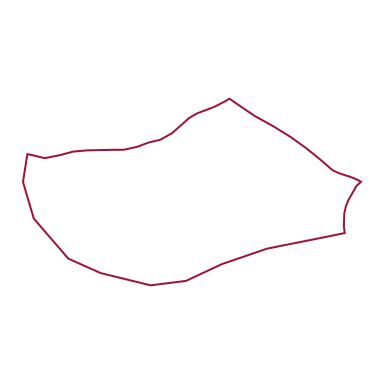 the district of Derniere Riviere/Morne Panache, Dennery, Saint Lucia
{"feature_id": "8701671B48498321599703", "entity_name": "Derniere Riviere/Morne Panache", "entity_type": "district", "adm_level": 2, "iso_a3": "LCA", "parent_name": "Saint Lucia", "parent_adm1": "Dennery", "projection": "orthographic", "projection_center": [-60.929, 13.953], "detail": "fine", "context": "isolated", "style": "outline", "palette": "rose", "viewbox_px": 384, "rotation_deg": 0, "n_neighbors": 0, "source": "geoboundaries", "source_scale": "gbopen_adm2", "svg_char_len": 890}
<svg xmlns="http://www.w3.org/2000/svg" viewBox="0 0 384 384"><path d="M361.0,181.8L358.6,180.4L357.7,179.9L350.5,176.9L342.9,174.5L339.0,173.2L332.5,170.2L327.7,166.0L322.4,161.3L305.8,147.9L292.3,138.2L291.4,137.5L273.3,126.3L254.6,115.9L237.2,104.1L230.8,99.6L229.5,98.7L227.9,99.6L226.0,100.8L218.4,104.8L214.4,106.8L197.0,113.4L188.9,118.2L181.4,124.9L172.1,133.1L160.5,139.7L148.4,142.6L142.6,144.8L137.3,146.8L126.9,149.1L123.4,149.8L115.3,149.8L113.2,149.8L86.9,150.4L74.2,151.5L73.0,151.6L69.4,152.6L59.7,155.2L44.6,158.2L42.3,157.6L32.5,155.2L29.3,154.5L27.4,154.2L23.8,176.7L23.0,182.0L33.8,218.6L68.4,258.7L100.7,273.1L150.4,285.3L151.4,285.2L186.0,280.9L213.4,268.1L221.6,264.2L249.4,254.7L266.9,248.7L282.2,245.6L328.4,236.4L339.2,234.2L344.7,233.1L343.9,226.1L344.3,213.1L346.0,206.0L348.4,200.1L356.5,185.9L361.0,181.8Z" fill="none" stroke="#9f1239" stroke-width="2"/></svg>